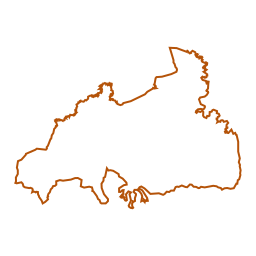 the district of Na Kae, Nakhon Phanom, Thailand
{"feature_id": "78962969B53080362722064", "entity_name": "Na Kae", "entity_type": "district", "adm_level": 2, "iso_a3": "THA", "parent_name": "Thailand", "parent_adm1": "Nakhon Phanom", "projection": "albers", "projection_center": [104.436, 16.963], "detail": "fine", "context": "isolated", "style": "outline", "palette": "amber", "viewbox_px": 256, "rotation_deg": 0, "n_neighbors": 0, "source": "geoboundaries", "source_scale": "gbopen_adm2", "svg_char_len": 5798}
<svg xmlns="http://www.w3.org/2000/svg" viewBox="0 0 256 256"><path d="M233.8,188.2L236.4,183.6L237.3,183.7L237.8,180.2L239.2,179.3L240.4,175.0L240.1,173.4L240.6,170.3L239.7,166.2L240.0,165.0L238.8,162.2L239.8,158.4L238.2,151.6L238.2,141.8L236.6,135.0L236.1,134.9L235.2,132.9L233.3,133.8L231.4,129.6L228.4,133.0L227.7,132.9L226.7,131.1L226.1,132.7L225.4,132.8L224.9,131.6L225.9,130.7L225.3,129.2L227.4,127.9L227.4,127.4L226.4,127.2L226.6,124.8L228.2,122.9L226.9,121.0L223.8,121.8L223.0,120.5L222.1,120.2L220.6,120.6L220.3,121.8L218.8,121.5L217.3,122.3L217.8,120.9L216.6,119.3L216.6,118.6L217.4,118.6L217.8,116.9L219.2,116.4L219.6,115.6L218.8,113.8L216.8,113.2L217.0,111.1L213.6,109.7L212.5,110.1L211.6,111.7L209.7,112.0L209.5,115.6L208.7,116.2L207.2,115.9L206.4,118.0L204.1,117.1L203.1,115.7L203.3,112.0L202.3,110.7L200.4,112.0L197.8,111.3L196.6,112.9L195.8,112.3L196.1,111.0L198.0,109.3L200.8,108.9L203.0,109.4L204.1,108.7L205.0,106.9L204.7,106.0L200.8,104.2L199.0,99.3L200.2,97.5L204.7,96.6L206.8,94.9L208.2,92.6L208.0,91.6L206.6,91.1L206.4,90.6L208.0,88.6L208.3,83.6L207.5,82.4L208.5,82.4L208.6,81.7L207.4,81.5L207.3,83.5L206.7,83.6L205.9,80.9L202.6,79.9L201.3,77.8L202.5,76.6L204.3,77.6L204.7,77.1L205.4,77.6L206.4,77.2L206.6,75.8L207.3,75.6L207.2,74.3L203.8,71.9L204.4,71.7L204.9,69.9L205.4,70.7L206.6,69.7L204.7,68.6L204.9,67.9L203.3,68.2L203.0,67.4L204.5,65.8L205.3,65.3L205.4,66.0L207.0,64.8L207.2,63.1L206.0,62.3L205.4,63.1L202.3,61.8L201.7,60.8L202.6,59.9L201.8,59.4L202.0,58.9L201.4,58.0L202.3,57.2L201.9,56.7L200.4,56.5L200.8,57.5L199.7,57.3L200.1,58.0L199.4,58.4L199.3,57.7L197.3,57.2L196.8,56.7L197.1,56.0L196.4,56.5L195.7,55.3L196.3,55.3L196.8,54.1L195.8,54.2L195.2,52.2L192.5,50.8L190.7,52.5L190.9,53.0L190.0,53.3L189.9,52.8L188.4,52.6L188.1,51.4L187.3,50.8L186.6,51.8L176.6,48.1L169.8,47.8L173.5,60.1L173.5,62.5L174.6,64.0L175.5,67.1L176.7,68.4L177.0,69.9L176.4,71.8L171.3,74.1L162.0,76.7L156.5,77.1L155.6,78.2L154.7,83.4L154.0,84.7L155.0,85.2L155.0,86.5L155.5,86.5L155.3,87.1L155.7,86.9L155.6,87.9L156.1,88.2L154.4,88.5L154.2,87.9L153.1,87.8L153.0,88.5L147.3,91.8L145.0,94.3L130.7,101.2L123.3,103.1L122.5,104.4L120.4,105.1L117.7,104.1L117.5,103.5L116.8,103.4L116.8,101.7L115.8,102.0L115.2,100.6L112.9,100.1L113.0,99.2L111.9,98.8L110.5,100.1L109.7,99.8L110.2,98.4L109.7,96.8L111.6,95.8L110.4,95.2L110.7,94.2L111.2,93.8L112.2,94.7L113.1,93.7L112.7,90.9L111.2,90.2L111.5,89.3L110.8,86.4L111.7,85.1L111.7,83.7L110.4,83.4L110.0,83.8L109.3,83.1L108.5,84.4L109.4,84.5L110.0,85.3L108.2,84.8L107.8,85.2L106.9,83.7L106.1,84.4L105.9,83.6L104.9,83.0L104.0,83.7L103.2,83.5L102.0,86.0L101.5,84.8L100.1,85.6L99.7,86.0L100.7,86.2L100.2,86.6L100.6,87.7L99.5,88.8L100.1,88.7L100.5,89.6L101.9,89.1L102.1,89.9L101.1,91.2L101.0,92.0L101.7,92.1L101.2,93.0L100.0,92.4L99.0,93.2L98.1,93.0L97.6,93.7L97.6,94.5L98.3,95.0L97.8,95.5L98.3,95.7L97.9,96.3L97.4,95.5L96.2,96.0L96.1,94.6L95.1,95.1L95.6,95.3L95.0,95.9L93.5,95.6L94.3,96.4L93.7,96.9L93.3,96.4L92.3,96.8L91.8,95.9L90.1,95.7L88.1,96.7L88.1,98.7L86.3,100.4L85.2,100.0L83.7,101.7L80.8,101.2L80.6,100.7L79.8,101.1L79.8,102.1L77.5,102.4L78.7,102.8L78.6,103.2L76.5,104.5L77.2,106.6L76.4,107.6L76.5,108.7L75.2,109.9L75.3,110.9L76.1,110.9L75.9,112.3L76.6,112.5L75.7,113.5L75.2,113.2L74.6,113.6L74.5,114.1L75.2,114.2L74.6,115.1L73.9,115.5L73.4,114.7L72.3,115.2L70.2,114.8L69.4,116.8L69.1,115.9L67.7,116.7L67.6,116.3L66.1,116.6L66.2,117.0L65.5,117.4L65.8,118.0L65.4,117.8L64.5,118.5L64.7,119.9L64.1,120.4L62.8,120.4L62.7,120.8L61.5,120.1L60.3,120.3L60.6,119.9L59.2,119.3L58.1,119.3L57.8,120.0L56.8,119.5L56.8,120.3L55.9,119.7L55.1,120.2L55.5,120.7L55.2,121.4L56.2,122.5L57.2,125.5L56.5,126.4L55.8,126.2L55.5,127.6L54.2,128.9L53.3,133.1L51.8,135.3L51.2,138.6L50.5,139.1L47.9,145.8L46.7,147.2L46.9,148.6L45.9,149.7L36.8,148.7L35.3,149.8L26.0,153.8L25.7,154.9L21.4,159.7L18.0,161.1L16.9,167.7L17.8,170.2L17.8,174.0L15.9,177.5L16.0,181.3L15.4,182.9L16.7,183.3L21.4,182.3L22.7,183.7L23.5,186.4L24.9,187.3L29.2,188.1L30.5,187.8L32.3,188.6L32.8,190.0L32.2,192.2L33.1,191.7L34.8,191.8L35.8,192.4L36.4,191.8L37.9,192.0L38.1,194.7L38.8,195.5L39.0,196.8L41.7,200.7L42.7,203.4L45.2,201.9L48.0,199.3L47.4,197.5L48.1,196.6L47.7,196.1L48.5,193.7L49.8,192.3L50.8,189.3L52.2,188.0L53.1,186.1L54.9,185.9L56.3,184.7L56.2,181.3L59.9,180.1L63.0,180.7L70.9,179.6L75.0,178.1L77.8,178.0L81.6,180.0L80.8,186.3L84.1,187.6L89.2,186.7L92.0,187.4L92.7,190.1L92.3,190.9L93.5,191.5L96.8,196.1L98.1,199.1L99.5,200.0L100.5,202.7L101.4,203.4L105.7,203.4L107.9,201.2L108.0,199.1L104.0,194.2L101.7,188.0L101.5,183.7L103.5,180.7L103.6,177.9L105.1,176.9L106.9,168.3L108.4,170.5L110.4,170.2L113.2,170.8L118.6,174.1L119.0,176.5L122.7,178.6L126.4,182.6L126.7,184.6L123.8,185.2L119.1,188.3L119.1,191.9L120.4,192.0L122.4,190.2L123.6,190.1L123.2,192.8L123.5,193.9L122.3,194.4L120.8,196.2L122.2,196.2L121.2,197.5L122.0,197.8L123.6,196.6L124.4,197.6L124.2,198.8L125.2,200.4L126.0,200.7L126.9,200.1L126.0,194.3L128.4,191.4L130.9,192.4L129.5,194.2L131.0,200.5L128.7,205.7L129.1,206.8L130.7,207.9L132.6,208.2L133.2,207.7L132.2,206.1L132.1,203.3L133.1,202.2L132.8,201.2L133.9,201.6L135.0,201.0L134.9,198.1L136.0,194.9L135.9,193.9L133.6,191.9L134.5,189.9L137.2,189.9L139.6,191.5L141.4,193.9L142.2,196.4L141.3,201.3L143.2,200.5L144.2,201.6L144.0,199.7L145.5,201.2L146.3,200.1L146.9,200.9L147.8,200.8L147.1,197.9L142.6,190.8L141.4,189.7L138.6,188.6L139.6,187.2L141.3,186.5L144.5,188.4L150.4,193.9L158.9,193.3L163.1,194.8L164.5,194.1L166.7,191.7L169.2,192.0L171.0,190.6L173.9,190.6L175.6,187.1L177.1,186.6L178.7,186.9L181.8,185.5L185.5,187.0L187.2,187.2L189.9,184.5L191.7,184.7L193.6,186.7L196.2,186.9L198.4,188.1L199.5,188.0L201.0,186.8L204.7,187.4L213.2,185.8L216.6,186.3L218.2,187.4L220.8,188.0L222.0,189.7L224.5,188.3L227.2,188.0L230.5,188.8L233.8,188.2Z" fill="none" stroke="#b45309" stroke-width="2"/></svg>